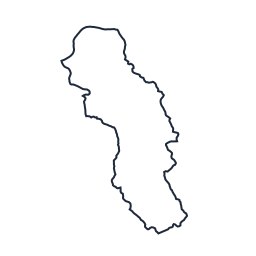 outline of Cafelândia, São Paulo, Brazil, rotated 290°
{"feature_id": "56859067B56481276286915", "entity_name": "Cafelândia", "entity_type": "district", "adm_level": 2, "iso_a3": "BRA", "parent_name": "Brazil", "parent_adm1": "São Paulo", "projection": "robinson", "projection_center": [-49.562, -21.732], "detail": "fine", "context": "isolated", "style": "outline", "palette": "slate", "viewbox_px": 256, "rotation_deg": 290, "n_neighbors": 0, "source": "geoboundaries", "source_scale": "gbopen_adm2", "svg_char_len": 4514}
<svg xmlns="http://www.w3.org/2000/svg" viewBox="0 0 256 256"><g transform="rotate(290 128 128)"><path d="M216.3,81.3L215.3,79.0L214.5,77.1L213.8,75.0L212.9,73.2L212.6,71.8L212.3,69.8L212.2,67.6L212.1,66.3L211.8,64.7L211.5,62.8L211.2,61.1L210.6,59.4L210.4,58.1L209.9,56.9L209.0,55.1L208.2,53.8L206.4,52.1L205.5,51.4L204.6,50.9L202.8,50.1L200.5,49.3L198.2,48.4L197.0,48.1L194.6,47.2L192.2,46.9L190.8,47.1L188.9,48.1L187.8,48.4L186.0,49.0L183.4,50.4L182.3,50.7L180.8,50.8L179.3,50.7L177.8,50.2L176.1,49.4L174.9,48.6L173.0,47.1L171.8,46.1L170.6,45.1L169.8,44.2L168.4,42.5L166.9,43.5L165.6,44.9L164.4,46.5L163.9,47.7L163.7,49.2L163.6,50.6L163.5,51.8L162.8,52.9L161.7,54.1L160.1,55.4L158.7,55.7L157.0,55.6L155.0,55.6L153.8,56.0L152.9,56.6L151.5,57.2L150.6,58.0L149.6,58.9L149.6,60.3L150.2,61.6L150.2,63.7L150.0,67.1L149.7,69.0L149.4,70.8L149.2,72.4L149.7,74.7L150.2,76.5L149.7,78.6L148.9,79.6L147.3,80.2L145.8,79.5L145.2,77.7L144.8,76.6L143.6,75.2L142.7,74.6L142.3,76.7L141.5,77.9L140.0,78.1L138.9,77.8L137.5,77.7L136.2,78.5L135.4,79.1L134.2,79.7L132.6,80.5L131.1,81.4L129.5,82.1L126.6,83.3L125.7,84.0L124.8,84.7L125.4,86.1L125.8,88.1L125.3,89.9L126.3,90.6L127.0,92.0L126.6,93.6L127.4,94.8L126.2,95.8L126.7,97.5L126.8,99.4L125.7,101.2L124.5,101.9L123.9,103.4L123.8,104.9L124.0,107.2L123.7,109.5L123.8,111.6L123.4,113.3L123.8,114.6L123.0,115.9L122.1,116.7L121.1,117.7L119.7,118.4L118.9,119.4L117.7,120.1L116.3,120.9L115.5,121.8L114.6,122.5L113.3,123.1L111.4,123.6L110.4,124.3L108.9,124.3L108.0,125.2L106.8,126.0L105.1,126.7L103.9,127.4L102.9,127.6L101.9,127.4L100.7,127.4L99.3,126.9L97.7,126.5L96.6,127.2L95.5,127.1L93.9,126.3L92.6,125.8L91.4,126.3L90.1,126.8L88.5,127.4L87.5,128.3L86.3,128.3L85.2,128.6L84.0,129.4L82.2,130.4L80.9,131.4L80.0,132.1L78.5,131.7L76.7,131.6L75.0,130.9L73.5,130.6L71.9,131.3L71.1,132.2L70.1,132.9L69.0,133.6L68.5,135.1L68.5,136.6L67.9,137.6L67.8,139.0L69.5,141.3L68.0,142.0L66.7,142.4L65.6,142.9L64.6,144.1L64.5,145.6L63.4,146.2L62.4,146.8L61.1,147.0L60.1,147.5L59.4,148.8L58.5,150.8L58.6,152.8L58.6,154.5L58.0,155.8L57.2,156.5L56.0,157.1L54.8,157.4L53.4,157.7L52.1,157.4L51.6,159.1L51.2,160.5L50.5,161.6L49.9,162.9L49.3,164.9L48.8,166.5L48.1,168.1L47.7,169.6L46.8,170.7L46.1,171.5L45.9,172.7L45.4,174.3L44.2,176.3L43.1,177.3L41.9,177.4L40.9,177.9L40.4,179.1L39.8,180.2L39.6,181.5L40.4,182.4L41.8,183.0L42.8,184.2L43.2,185.8L42.9,187.9L41.6,188.7L40.5,189.8L40.2,191.1L39.3,192.6L46.5,200.3L48.0,200.8L49.0,201.8L49.7,203.2L50.7,203.8L52.2,203.5L53.3,203.8L53.5,205.1L52.7,207.1L52.4,208.4L53.3,209.8L54.4,210.6L55.9,210.0L57.0,209.9L58.1,210.4L59.1,210.9L60.7,212.1L62.4,212.4L64.0,213.0L65.6,213.5L66.7,212.7L67.6,211.9L67.8,210.6L68.3,209.3L69.3,208.2L70.0,206.3L71.6,205.4L73.3,204.5L74.8,203.4L76.2,202.8L76.8,201.6L78.0,200.9L78.1,199.4L77.7,197.6L80.2,195.6L81.2,194.1L82.0,193.2L83.2,191.7L84.5,190.7L85.0,189.2L85.9,188.5L86.9,187.7L87.8,186.9L88.8,186.4L89.9,185.2L90.6,183.9L91.3,182.6L92.5,180.7L93.8,179.9L94.7,179.2L95.6,178.4L97.4,178.0L99.0,177.0L100.3,178.2L100.6,180.1L101.9,180.8L103.6,181.8L105.0,182.6L106.5,183.0L107.5,183.2L108.8,183.9L109.6,184.9L111.5,185.0L112.6,183.8L113.8,182.2L114.1,181.0L114.5,179.5L116.1,178.4L118.3,178.3L119.5,177.9L120.1,176.9L120.6,175.5L120.9,174.3L121.2,173.0L122.3,172.1L123.7,170.9L124.8,169.6L126.0,169.2L126.9,169.8L127.8,170.5L129.3,171.9L130.3,173.4L130.8,175.0L131.3,176.3L131.8,177.5L132.3,178.7L133.6,177.7L135.7,177.0L137.3,177.5L139.1,177.6L140.2,176.9L140.3,175.2L140.0,173.5L139.9,171.5L141.4,171.1L142.6,170.8L143.5,170.2L144.6,168.6L146.0,167.4L147.6,165.8L148.7,164.5L149.8,164.2L151.4,164.4L152.2,162.1L152.7,159.8L153.6,158.7L154.6,158.3L155.8,157.6L157.7,155.4L158.6,154.6L159.4,153.6L160.5,152.0L162.1,150.6L163.4,149.8L164.4,149.4L166.0,149.1L167.4,149.5L169.3,150.2L171.1,150.4L172.1,148.6L173.4,147.2L173.1,145.3L172.9,143.7L174.7,143.2L175.6,142.1L176.5,140.6L178.4,139.3L179.2,138.4L179.8,136.7L179.9,135.5L179.2,134.7L177.7,132.1L177.7,130.5L177.2,129.4L178.2,127.3L179.5,126.1L180.4,125.3L180.2,123.4L180.6,121.6L181.7,121.1L182.0,119.8L181.9,118.1L181.8,116.1L182.0,114.2L182.6,113.0L184.0,112.2L185.2,111.9L186.3,112.8L187.3,112.4L188.4,111.5L189.1,110.3L189.3,108.6L188.3,107.5L188.5,106.0L190.5,105.6L191.4,101.7L192.9,101.6L194.0,101.4L195.0,100.8L196.4,99.2L197.4,98.4L198.6,98.0L201.4,97.9L203.6,97.3L205.0,97.3L206.8,96.2L208.5,95.1L209.7,93.8L210.3,92.5L211.2,91.1L212.4,89.4L213.2,88.2L214.2,87.1L215.6,85.9L216.7,84.5L216.3,83.0L216.3,81.3Z" fill="none" stroke="#1e293b" stroke-width="2"/></g></svg>